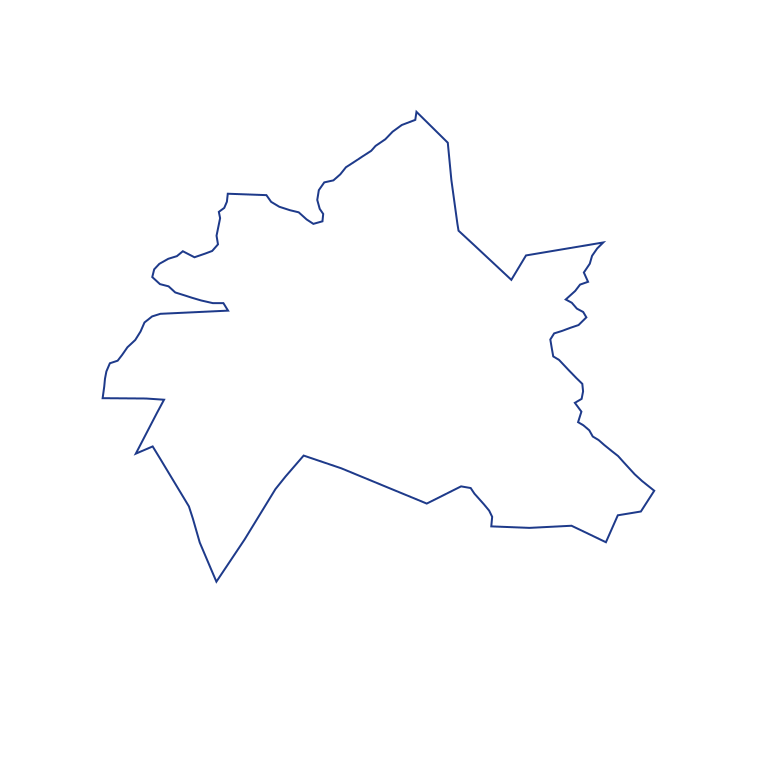 the district of Escada, Pernambuco, Brazil, rotated 64°
{"feature_id": "56859067B6321576756200", "entity_name": "Escada", "entity_type": "district", "adm_level": 2, "iso_a3": "BRA", "parent_name": "Brazil", "parent_adm1": "Pernambuco", "projection": "albers", "projection_center": [-35.273, -8.37], "detail": "fine", "context": "isolated", "style": "outline", "palette": "blue", "viewbox_px": 768, "rotation_deg": 64, "n_neighbors": 0, "source": "geoboundaries", "source_scale": "gbopen_adm2", "svg_char_len": 1893}
<svg xmlns="http://www.w3.org/2000/svg" viewBox="0 0 768 768"><g transform="rotate(64 384 384)"><path d="M352.9,124.9L330.7,200.0L346.2,223.9L297.4,242.6L278.9,249.8L272.5,247.9L230.1,234.0L195.1,220.9L153.6,235.5L160.3,240.1L159.0,254.5L161.0,265.7L164.6,275.5L166.3,287.2L168.8,293.3L170.1,304.1L171.2,312.4L172.5,323.2L176.4,331.4L178.8,340.2L176.6,349.3L181.2,357.6L189.3,363.3L198.4,365.0L204.5,364.1L210.8,368.0L209.1,377.3L202.2,381.4L192.3,385.4L186.6,392.3L178.8,400.4L170.8,405.6L162.7,406.9L144.5,441.0L151.3,445.3L155.7,450.4L156.9,457.0L163.1,458.6L177.3,469.5L185.7,472.0L189.1,480.1L188.4,487.5L187.0,498.8L176.5,506.6L178.3,514.1L176.9,523.0L177.5,533.2L180.2,540.3L186.3,545.4L196.0,541.6L201.8,534.8L210.2,531.5L217.3,524.0L222.3,518.8L228.7,511.8L236.2,502.5L240.9,492.9L249.7,492.0L222.9,554.2L221.6,562.8L223.7,572.3L230.1,579.8L235.4,588.3L238.5,598.5L243.1,606.7L246.3,613.2L245.2,621.3L251.0,628.0L257.0,632.5L263.7,636.6L273.4,643.1L292.7,604.3L301.7,588.6L310.5,600.8L337.8,637.6L338.7,619.3L353.3,617.9L361.3,617.2L408.5,613.0L421.2,614.8L445.7,619.1L474.4,620.6L488.2,621.3L462.6,577.4L430.9,527.7L424.0,513.1L413.1,487.6L441.0,459.4L510.2,398.0L509.8,359.6L515.5,351.7L522.2,350.8L535.7,347.0L543.9,345.0L550.8,345.0L559.0,350.0L577.1,316.3L593.6,277.6L599.0,273.3L623.5,253.9L604.5,231.4L608.5,218.1L611.2,209.0L598.4,187.9L590.0,191.9L584.3,194.6L574.9,198.3L559.7,202.8L551.3,205.2L543.9,208.8L535.1,212.9L528.4,215.7L522.7,219.4L515.6,219.8L508.5,222.9L503.4,226.3L495.4,218.7L484.6,220.7L484.0,212.9L477.9,208.3L470.8,205.7L463.0,208.5L452.3,212.0L439.1,216.1L433.4,219.8L426.0,217.7L416.9,215.0L413.1,208.9L414.3,201.0L415.2,191.8L416.3,183.3L412.8,172.9L406.6,173.4L400.8,177.6L393.3,179.6L387.7,183.6L384.2,171.4L380.6,164.2L381.6,155.8L371.4,155.5L366.1,146.3L360.0,140.8L355.6,132.9L352.9,124.9Z" fill="none" stroke="#1e3a8a" stroke-width="2"/></g></svg>